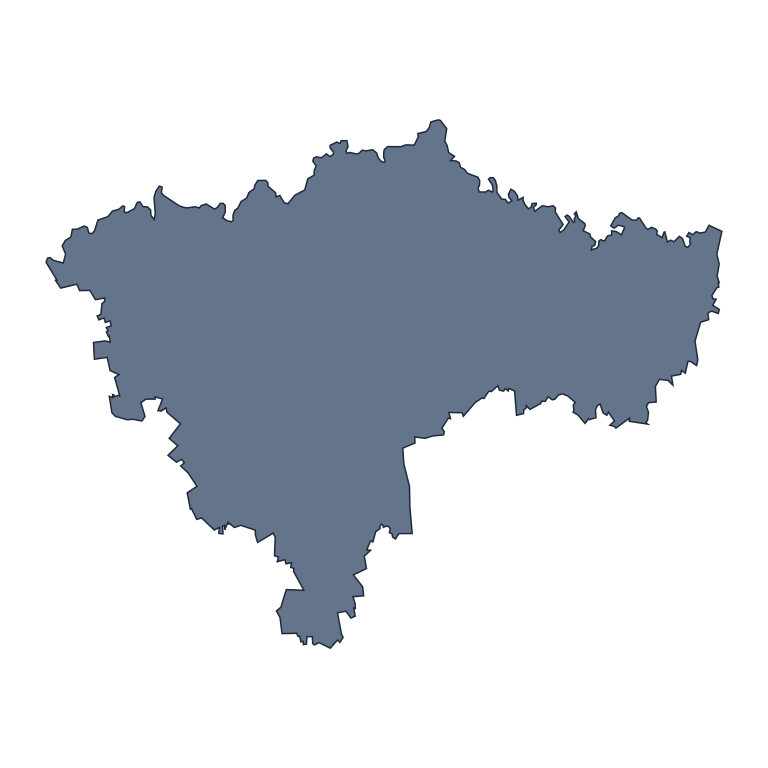 outline of Fezile Dabi, Free State, South Africa
{"feature_id": "47623444B21501715606105", "entity_name": "Fezile Dabi", "entity_type": "district", "adm_level": 2, "iso_a3": "ZAF", "parent_name": "South Africa", "parent_adm1": "Free State", "projection": "natural_earth1", "projection_center": [27.835, -27.476], "detail": "fine", "context": "isolated", "style": "filled", "palette": "slate", "viewbox_px": 768, "rotation_deg": 0, "n_neighbors": 0, "source": "geoboundaries", "source_scale": "gbopen_adm2", "svg_char_len": 6091}
<svg xmlns="http://www.w3.org/2000/svg" viewBox="0 0 768 768"><path d="M46.1,262.3L57.1,280.4L55.5,280.4L60.7,288.1L76.9,284.2L79.6,290.6L89.9,290.4L95.4,299.7L104.6,298.0L104.6,301.4L102.0,303.6L100.8,314.5L97.2,315.9L98.9,319.9L103.9,317.9L105.3,322.4L110.0,320.9L111.2,325.8L106.3,327.5L108.1,330.9L106.4,331.9L108.5,336.6L109.3,336.2L110.3,342.0L104.9,340.9L93.5,342.5L94.4,359.2L107.2,357.4L110.1,370.6L119.0,374.6L114.6,377.5L120.0,396.6L119.1,395.2L113.3,396.9L114.0,395.1L112.6,394.6L112.7,397.6L109.3,396.3L111.9,412.7L115.3,416.3L126.9,419.7L133.1,419.3L141.9,421.0L145.0,416.5L140.9,402.7L146.0,399.1L155.1,399.1L155.1,396.9L162.5,399.0L158.0,410.6L161.2,411.1L166.1,407.8L166.9,412.1L180.4,423.8L169.2,438.4L177.8,445.8L168.0,455.3L176.5,462.2L181.5,459.4L184.4,462.6L180.7,466.0L188.3,473.1L197.0,486.3L187.2,492.8L190.4,509.2L191.5,508.6L196.7,519.4L201.6,517.9L214.3,530.0L219.3,527.5L218.9,533.4L223.0,533.9L222.6,526.1L224.5,525.3L224.8,529.8L226.9,524.5L228.6,524.0L228.3,522.5L234.4,527.5L240.8,525.3L255.2,530.1L255.4,535.0L257.6,542.4L273.3,533.1L275.2,537.3L274.5,555.7L278.4,557.1L277.3,561.7L285.0,559.7L285.9,563.8L291.5,562.8L290.7,567.3L293.8,568.4L293.6,571.5L303.9,590.3L286.3,589.6L280.9,607.2L276.4,611.0L280.0,617.5L282.0,633.6L296.7,633.3L297.9,636.3L299.7,636.4L300.9,641.9L303.3,641.4L303.4,644.6L306.4,644.2L307.0,636.6L312.3,636.7L312.8,643.8L314.4,645.0L318.9,642.6L330.3,648.2L337.4,640.1L339.9,642.4L343.1,637.4L341.5,634.2L337.5,612.8L346.0,611.2L350.9,618.1L355.2,616.2L353.8,608.1L355.3,608.5L355.1,603.6L353.0,596.7L363.7,595.8L362.6,586.7L353.4,574.9L366.5,568.5L364.3,556.1L370.6,550.3L366.8,549.9L370.4,540.9L372.9,541.9L375.7,531.7L380.1,528.5L379.8,526.7L381.4,524.1L383.1,525.5L383.4,527.4L386.5,525.9L388.8,526.8L390.3,528.7L389.4,532.6L392.1,533.9L392.6,537.0L395.5,539.0L398.8,533.6L412.2,533.6L409.9,507.2L409.5,486.4L403.8,463.8L402.8,448.1L415.0,443.0L414.7,437.0L425.0,438.3L432.6,436.0L443.6,434.9L444.3,431.6L441.9,428.3L448.2,418.2L450.5,418.7L448.8,412.5L462.1,412.7L463.3,416.3L475.1,402.6L482.0,397.9L484.0,398.5L488.7,391.3L491.5,391.5L497.8,385.7L499.4,390.2L503.6,391.1L505.2,388.5L508.2,391.0L508.5,388.4L514.6,391.0L516.5,415.3L523.6,413.6L523.7,410.1L526.3,407.8L526.3,405.6L529.9,409.4L540.6,403.6L541.7,401.3L545.3,401.3L548.1,396.7L552.2,399.8L554.8,399.3L558.4,395.1L562.3,393.8L567.8,396.0L575.2,402.4L573.3,405.1L573.9,410.5L573.1,412.2L578.1,415.1L585.0,423.4L588.6,418.7L589.2,419.6L596.0,417.7L595.5,409.7L597.1,405.9L600.1,404.0L603.0,412.8L606.8,415.3L608.4,412.1L614.5,421.0L609.8,425.2L614.4,426.4L615.9,428.1L629.5,418.1L629.3,421.3L647.7,424.1L645.9,422.7L647.6,420.1L648.5,412.4L646.4,406.5L648.5,402.7L656.2,402.0L655.4,386.4L659.4,379.4L668.0,380.4L672.9,385.1L671.5,376.1L680.7,374.3L681.6,370.4L685.2,373.2L688.0,361.4L690.4,361.4L696.6,365.5L697.8,359.8L695.0,341.2L700.6,322.2L708.7,319.7L707.9,313.8L708.8,312.3L711.9,311.2L718.3,313.5L719.3,309.5L712.7,305.2L716.1,299.3L712.8,298.6L711.9,295.6L716.9,287.7L718.8,287.1L718.3,282.8L719.2,282.7L717.1,276.1L719.2,264.0L716.8,254.2L721.9,231.4L709.0,225.3L705.4,232.0L700.1,233.1L696.2,231.7L692.7,234.7L689.0,232.5L686.7,236.2L690.2,237.8L689.7,242.1L690.8,243.8L687.6,247.5L685.2,246.2L682.5,238.5L679.3,236.3L674.1,241.7L670.6,240.2L667.4,242.0L664.9,231.9L664.0,232.2L662.2,237.6L656.5,234.3L657.3,231.1L655.7,229.1L651.5,227.3L648.3,229.2L646.4,228.7L639.5,218.0L638.2,217.9L636.5,220.2L632.0,220.0L621.8,212.6L619.4,213.4L618.8,215.7L615.2,217.9L610.8,225.9L614.1,228.2L618.3,225.2L623.9,226.6L624.5,227.7L621.4,234.8L616.3,231.6L611.6,230.8L611.8,234.9L607.5,235.9L604.8,240.5L602.9,240.9L601.0,239.6L599.0,240.8L598.5,245.9L596.9,248.0L591.4,250.0L592.1,246.4L594.7,245.4L595.7,241.6L590.6,237.0L589.8,234.0L583.2,230.7L585.2,225.8L584.9,223.7L578.5,218.7L576.2,211.8L574.3,213.9L575.8,215.9L574.2,219.2L574.8,221.6L573.5,222.5L569.1,216.3L567.1,215.1L565.1,216.5L569.1,222.0L563.8,230.0L560.2,232.4L558.8,230.2L563.1,224.6L555.3,212.0L555.5,208.0L553.2,205.8L547.8,206.8L542.4,205.7L534.7,211.4L533.4,207.4L536.3,204.7L536.3,203.2L532.1,203.5L531.1,207.2L528.5,208.8L525.0,204.6L523.0,200.2L523.1,197.4L517.9,200.2L517.6,196.1L514.6,191.5L510.9,189.2L508.4,194.5L509.1,197.6L511.9,200.8L508.0,203.2L505.4,199.4L501.8,199.2L496.9,192.4L496.9,186.1L495.2,180.1L493.2,177.7L490.1,177.6L488.5,179.2L492.3,184.9L493.2,190.1L492.5,192.1L488.5,190.2L485.5,192.1L479.1,191.9L478.1,187.7L479.5,185.4L479.7,180.9L477.9,177.2L467.4,173.3L464.6,169.5L460.6,167.3L459.1,162.7L456.2,161.0L450.7,160.6L454.5,156.3L448.7,152.6L447.1,145.5L444.8,141.1L446.7,128.7L440.6,120.6L438.5,119.8L430.9,121.9L429.2,127.6L426.2,131.5L417.8,133.6L418.3,136.9L414.2,145.1L405.9,144.9L400.8,146.7L387.8,146.6L384.5,149.3L383.9,151.3L383.6,157.1L385.1,160.8L384.4,162.4L381.4,161.5L378.3,158.1L376.6,152.9L372.6,149.7L365.9,150.9L362.2,150.2L358.7,153.5L356.2,154.0L350.0,152.4L346.9,153.5L346.0,151.0L348.0,146.8L346.9,140.7L341.1,140.7L340.1,143.5L336.7,142.1L330.2,145.3L330.1,147.8L333.5,152.2L333.3,154.2L330.1,156.6L326.3,153.9L321.4,157.8L316.4,156.8L313.7,158.0L312.8,161.0L316.1,166.0L314.1,171.0L314.2,175.1L307.8,178.8L304.7,190.0L294.9,195.2L287.9,203.8L284.2,202.7L279.8,195.5L276.2,196.8L275.5,192.7L268.0,186.2L267.8,182.6L265.8,180.4L257.7,180.5L254.8,185.4L254.2,188.7L248.9,192.6L246.7,198.1L241.1,201.5L237.8,208.2L234.6,210.5L232.9,215.8L233.2,220.3L231.6,221.7L227.2,220.8L222.8,217.8L225.3,211.9L225.2,205.4L223.4,203.5L220.3,203.3L217.3,207.5L214.5,209.1L206.3,204.0L201.3,205.5L199.2,208.0L195.5,206.8L186.5,207.9L183.3,207.2L179.4,205.9L163.7,195.5L161.3,192.8L162.2,187.1L159.3,186.1L155.9,191.2L154.0,197.4L155.3,214.0L154.1,219.4L151.0,215.5L150.6,210.0L147.5,206.9L143.0,206.7L139.8,201.8L137.2,202.5L134.5,208.6L126.5,212.8L124.2,211.8L124.6,206.6L122.8,205.9L118.6,209.4L112.4,211.1L107.8,216.7L97.9,220.1L94.5,230.9L92.0,233.7L88.8,233.1L87.4,227.5L84.2,226.0L77.0,229.2L72.4,229.3L70.9,237.0L65.3,240.5L62.2,245.9L65.6,254.1L63.3,263.0L53.5,260.4L50.2,257.6L47.5,258.2L46.1,262.3Z" fill="#64748b" stroke="#1e293b" stroke-width="1.5"/></svg>